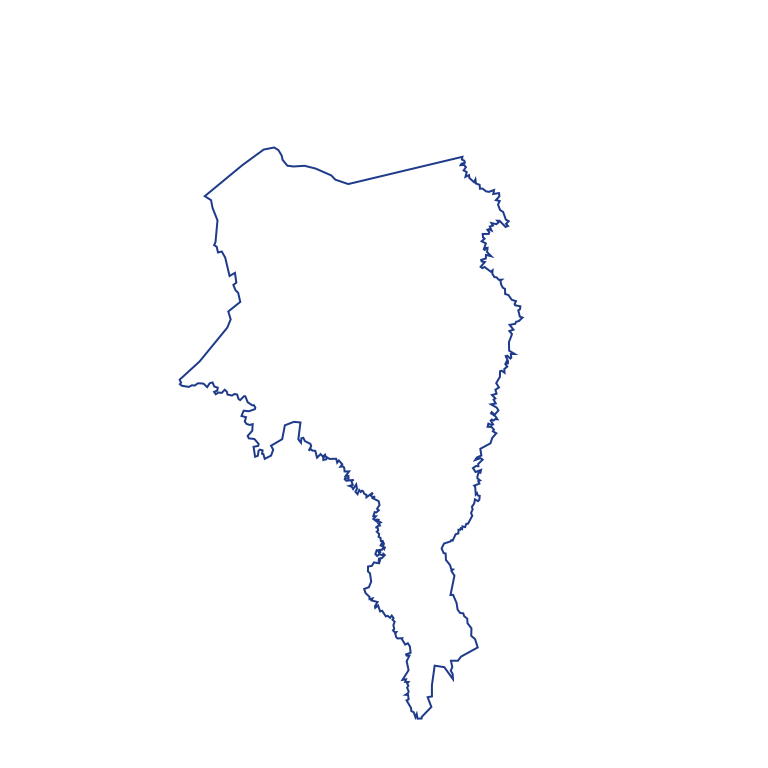 the district of Simon Bolivar, Guayas, Ecuador, rotated 44°
{"feature_id": "8360857B9786839624042", "entity_name": "Simon Bolivar", "entity_type": "district", "adm_level": 2, "iso_a3": "ECU", "parent_name": "Ecuador", "parent_adm1": "Guayas", "projection": "orthographic", "projection_center": [-79.376, -2.042], "detail": "fine", "context": "isolated", "style": "outline", "palette": "blue", "viewbox_px": 768, "rotation_deg": 44, "n_neighbors": 0, "source": "geoboundaries", "source_scale": "gbopen_adm2", "svg_char_len": 6165}
<svg xmlns="http://www.w3.org/2000/svg" viewBox="0 0 768 768"><g transform="rotate(44 384 384)"><path d="M130.1,324.8L124.6,373.4L131.9,371.9L138.3,376.4L150.6,382.0L164.3,399.1L165.3,402.1L168.3,401.5L173.2,404.7L175.3,401.4L182.0,403.4L197.9,413.6L199.6,407.6L207.4,413.7L206.8,417.4L212.1,419.7L215.7,419.7L223.6,424.8L221.6,440.0L228.8,444.0L232.1,452.3L235.7,496.0L234.0,522.9L237.1,524.0L237.3,525.9L239.8,525.7L245.6,521.7L246.7,518.4L248.9,516.6L249.6,512.9L252.1,510.5L254.1,509.1L259.0,509.1L258.1,504.5L259.6,502.0L263.7,503.7L267.0,502.1L268.6,504.6L267.3,507.7L270.1,508.2L270.8,505.1L273.5,503.1L273.4,498.8L276.3,498.7L278.8,500.3L282.7,497.9L283.4,495.0L285.7,493.6L289.7,495.8L291.7,495.5L291.8,490.0L292.8,489.2L298.6,491.8L303.9,490.9L305.2,489.6L307.9,490.4L308.6,491.8L305.7,497.5L301.6,500.7L303.7,506.0L307.8,503.7L309.9,507.7L312.9,508.2L315.9,506.7L317.4,504.1L321.7,509.1L322.0,516.1L324.5,517.0L329.0,513.6L335.5,514.2L336.5,515.9L333.8,519.8L341.8,525.9L343.1,523.3L340.2,519.2L340.3,517.4L342.8,516.1L344.7,518.9L345.9,518.2L350.2,520.7L352.5,513.9L349.9,508.2L345.6,506.9L349.1,494.4L341.4,482.6L345.4,473.9L350.6,469.7L360.8,483.3L365.1,483.9L362.3,480.5L363.3,478.8L366.8,480.0L372.6,478.2L374.8,479.3L376.2,484.2L376.5,481.7L378.6,481.7L381.0,479.8L387.0,483.5L387.1,478.5L390.3,478.7L390.8,475.8L392.2,476.8L391.1,479.0L393.2,480.8L394.8,478.2L393.7,476.4L396.9,475.7L401.5,471.0L405.0,473.1L404.6,470.4L409.7,470.7L410.1,473.8L411.8,471.8L413.4,471.8L416.4,474.3L419.6,471.1L420.3,476.8L422.2,474.8L424.1,476.6L421.4,478.7L421.9,479.8L424.1,479.8L428.8,474.0L427.9,476.5L431.6,478.2L429.8,481.4L432.3,480.3L434.8,481.0L433.8,475.6L437.4,478.2L438.3,481.4L441.5,481.6L439.8,477.5L442.3,477.8L442.3,476.0L443.6,475.7L445.9,476.7L448.4,476.0L450.1,477.7L451.4,470.0L452.5,473.4L454.4,473.7L455.6,471.1L455.4,473.9L461.5,472.0L464.8,474.1L465.7,478.6L468.0,478.5L467.7,481.8L466.3,482.6L468.1,486.4L470.0,484.8L470.0,488.5L474.3,488.0L472.8,486.8L474.5,485.4L475.2,486.6L477.8,485.9L477.0,488.3L480.2,488.6L478.5,489.1L477.8,493.3L478.8,491.5L481.5,493.3L481.4,495.3L484.7,495.2L486.3,497.7L488.4,497.1L490.9,499.2L492.1,497.8L495.0,499.0L495.3,499.9L493.1,500.0L493.7,502.5L498.2,501.0L498.8,502.5L497.0,502.2L497.8,504.4L496.1,506.4L498.2,507.5L498.2,509.1L495.3,507.8L494.2,508.6L496.0,512.4L498.5,512.5L498.7,510.1L501.9,508.0L501.4,506.6L503.4,506.5L503.4,510.6L501.7,513.0L502.9,514.7L503.7,513.7L505.0,516.4L500.7,519.3L501.6,523.2L499.3,526.4L502.7,530.0L505.4,529.9L512.0,535.0L514.3,540.7L512.1,545.2L515.9,547.2L521.3,547.2L523.0,548.8L524.7,546.2L525.3,548.4L530.8,545.3L531.9,550.2L533.2,551.1L533.6,547.4L539.2,550.3L540.2,548.4L546.7,549.9L547.6,548.3L550.8,547.9L550.4,545.2L553.5,545.8L553.8,547.6L556.8,547.6L558.2,550.9L561.5,553.1L561.6,555.0L564.1,555.1L565.2,553.9L565.6,555.9L569.0,557.7L570.5,557.6L573.7,554.2L574.0,555.1L580.3,556.7L581.2,553.9L584.9,554.8L589.8,558.8L587.7,563.2L589.0,563.7L591.0,561.8L592.9,567.7L600.5,572.8L602.8,584.0L605.0,581.1L606.2,583.6L608.6,581.4L608.8,583.4L611.1,584.1L611.6,586.4L615.3,588.0L616.1,589.9L615.4,592.6L617.4,591.0L620.8,593.8L620.0,595.9L628.5,598.3L630.9,600.3L633.5,599.5L638.1,601.9L636.8,598.7L640.6,601.4L643.4,598.5L642.4,597.2L642.4,583.4L633.0,579.0L635.5,575.4L627.8,567.5L616.1,551.4L624.1,545.8L638.6,548.4L634.8,544.9L631.1,543.8L629.8,540.2L624.4,536.6L629.4,531.7L628.8,526.6L634.4,508.4L626.6,504.2L621.7,504.6L616.6,499.0L610.3,498.1L606.9,495.0L602.9,495.3L600.3,493.9L597.9,495.8L593.7,495.2L588.3,491.1L580.2,487.7L578.4,489.6L567.8,472.9L562.4,471.7L562.5,469.5L561.0,470.5L557.4,468.4L550.7,467.5L546.1,463.1L544.4,464.2L539.7,462.3L538.0,457.1L541.2,451.0L540.9,449.6L542.2,449.0L539.9,442.3L541.3,439.8L538.8,437.1L540.1,435.9L539.4,434.5L541.0,434.1L539.3,431.9L541.8,430.6L540.3,427.4L541.5,426.2L539.0,417.4L536.3,416.4L534.8,412.5L532.5,411.3L531.9,407.3L529.5,403.8L533.0,403.0L533.0,401.1L530.6,398.0L528.9,399.0L526.7,397.9L526.8,399.8L521.1,394.7L519.5,394.5L521.8,389.4L519.3,388.4L520.1,386.6L516.7,387.0L515.7,386.0L513.4,381.8L515.0,380.9L513.5,378.4L511.0,383.7L506.4,382.7L507.2,379.0L509.0,377.6L507.3,376.1L507.5,369.9L505.0,370.3L502.4,375.4L501.8,372.5L503.7,367.8L498.3,363.7L501.8,352.7L499.3,347.6L499.0,341.4L495.2,342.4L494.8,340.5L491.1,340.2L488.2,342.8L486.6,340.0L489.9,338.7L490.5,337.3L486.2,336.2L486.2,334.7L488.2,334.1L488.4,332.0L490.1,330.6L486.6,329.8L481.3,330.7L481.0,329.4L484.9,329.2L484.7,323.5L481.4,322.7L475.1,324.3L477.9,320.4L473.7,319.1L474.1,317.0L469.3,316.9L471.7,312.8L468.1,310.7L469.1,306.6L464.1,305.4L462.4,298.3L458.6,294.2L459.4,292.7L462.9,292.2L460.1,289.6L460.6,285.9L457.4,285.4L456.5,282.5L458.1,284.0L458.8,283.1L457.4,281.4L452.2,279.4L452.9,278.1L457.2,277.9L457.3,276.7L454.4,274.3L457.2,271.6L450.9,273.1L444.8,267.1L441.4,259.2L437.4,258.8L439.4,255.0L433.3,254.2L436.6,249.5L435.8,247.5L437.3,245.0L437.5,240.0L434.9,241.2L429.4,237.7L429.9,235.8L428.2,233.4L423.6,236.3L422.4,235.8L421.4,232.7L417.4,234.7L411.7,233.6L408.6,235.1L405.0,231.5L402.7,232.2L399.2,231.1L396.0,228.8L396.2,227.2L394.2,229.3L390.8,229.1L389.2,230.4L385.4,229.5L383.1,226.8L382.9,229.0L375.0,230.0L374.3,232.3L372.1,232.6L371.8,226.2L369.1,228.0L367.7,227.2L370.1,223.0L367.7,220.3L372.4,217.6L366.5,217.5L363.9,214.1L362.7,215.6L363.4,217.5L362.2,217.7L359.6,212.1L355.1,213.5L355.4,209.6L353.2,209.7L350.8,207.5L355.1,203.3L354.3,201.7L351.2,201.2L351.9,199.7L354.7,198.9L350.7,197.2L352.3,194.4L349.5,193.6L353.8,191.0L354.1,188.0L352.1,187.8L353.8,186.3L362.3,186.6L363.4,184.2L360.5,184.1L360.6,180.3L357.4,181.1L350.2,177.5L346.7,178.2L341.4,175.8L340.1,172.0L336.8,174.0L336.6,168.8L334.1,166.8L330.6,171.4L328.4,168.0L326.0,172.9L323.6,174.5L319.1,175.0L317.4,176.9L314.4,174.3L310.9,175.9L307.6,173.3L308.6,176.3L302.3,176.5L300.1,174.7L298.7,178.4L296.3,174.1L292.9,175.0L292.3,171.1L289.4,170.8L287.1,173.4L286.7,171.8L288.5,168.7L286.7,167.6L284.1,168.4L282.6,166.1L219.4,265.0L207.1,270.8L201.1,270.6L185.2,276.5L175.3,282.2L167.7,290.5L162.8,294.1L155.4,293.2L151.6,290.7L145.5,289.1L140.7,290.2L134.6,298.9L130.1,324.8Z" fill="none" stroke="#1e3a8a" stroke-width="2"/></g></svg>